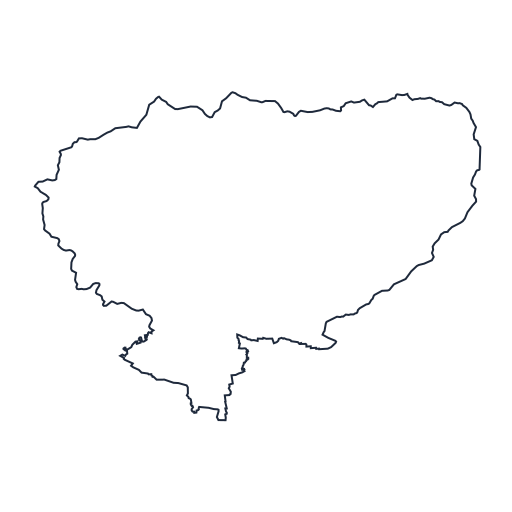 outline of Lan Saka, Nakhon Si Thammarat, Thailand, rotated 91°
{"feature_id": "78962969B56259094306641", "entity_name": "Lan Saka", "entity_type": "district", "adm_level": 2, "iso_a3": "THA", "parent_name": "Thailand", "parent_adm1": "Nakhon Si Thammarat", "projection": "natural_earth1", "projection_center": [99.81, 8.377], "detail": "fine", "context": "isolated", "style": "outline", "palette": "slate", "viewbox_px": 512, "rotation_deg": 91, "n_neighbors": 0, "source": "geoboundaries", "source_scale": "gbopen_adm2", "svg_char_len": 6062}
<svg xmlns="http://www.w3.org/2000/svg" viewBox="0 0 512 512"><g transform="rotate(91 256 256)"><path d="M130.7,398.9L133.9,403.5L135.2,406.8L137.4,410.5L140.6,415.3L142.0,418.6L142.1,423.8L142.6,426.2L141.3,432.0L141.5,435.1L144.8,437.0L145.3,437.8L145.4,439.5L147.0,441.1L149.6,441.8L150.5,442.5L154.2,453.3L155.2,454.2L157.2,453.0L158.4,452.8L161.4,454.1L165.7,454.2L168.7,455.7L173.2,454.6L178.3,456.8L182.6,457.0L183.6,458.5L184.0,461.0L183.0,465.9L185.3,470.6L185.6,474.8L189.4,478.0L190.4,478.4L192.0,475.4L195.5,472.6L198.7,467.0L201.2,464.4L202.7,464.5L204.0,465.5L204.8,466.6L205.7,469.5L206.5,470.3L207.6,470.7L211.9,470.0L217.1,470.3L220.2,469.3L223.2,469.5L228.7,467.9L232.8,468.4L234.1,467.4L237.3,462.8L240.3,460.9L241.6,455.0L242.6,453.5L244.5,452.8L247.2,453.8L248.9,453.9L252.0,450.6L253.3,448.4L253.9,446.1L253.3,442.6L253.6,441.1L254.5,439.5L256.6,437.3L258.1,436.8L259.2,437.0L262.1,439.2L265.6,440.4L272.1,440.6L273.8,439.8L275.9,435.6L283.0,436.5L284.9,435.9L287.3,434.2L290.2,435.1L292.0,434.3L292.3,432.8L291.9,429.7L292.3,427.7L292.0,424.8L290.5,421.3L286.8,418.3L285.9,415.9L286.0,412.8L286.8,412.0L288.1,412.1L292.9,414.9L295.5,415.4L296.7,414.5L297.9,411.2L299.1,409.6L302.4,408.8L304.2,406.7L306.8,408.1L307.6,408.1L308.5,407.3L308.3,404.8L304.0,399.6L304.3,398.0L306.3,393.9L305.2,389.9L305.4,387.3L310.9,379.3L312.6,374.8L312.7,372.4L311.5,368.2L316.1,365.0L317.6,361.3L319.9,359.4L322.4,358.9L327.0,361.3L328.6,361.6L330.3,360.5L332.1,357.3L333.4,359.2L335.1,359.1L334.1,362.0L335.1,362.7L336.7,362.8L337.2,365.7L338.3,365.5L338.4,363.6L339.0,363.7L339.7,365.4L341.1,365.0L341.3,363.8L341.8,364.0L343.5,366.7L343.6,367.6L342.9,368.6L339.5,369.5L339.3,370.3L339.7,371.1L341.0,371.7L343.8,369.6L344.6,369.8L345.9,373.7L345.2,373.9L343.4,373.2L343.7,375.0L346.9,378.1L349.3,379.1L351.8,383.0L351.0,385.0L349.9,385.0L349.9,385.8L350.8,386.9L351.3,386.9L352.7,385.1L353.3,383.3L355.9,383.0L356.8,384.3L358.1,385.0L356.9,387.9L358.2,390.0L360.3,386.1L361.2,386.4L362.0,385.5L365.6,377.3L367.9,379.0L369.4,376.9L371.9,371.1L374.6,368.4L375.4,362.0L376.2,361.3L376.0,358.6L377.3,358.4L377.7,357.4L378.6,357.3L378.7,356.1L381.4,353.2L381.2,345.4L384.2,336.2L384.4,331.4L386.6,323.1L388.5,321.9L394.6,321.7L396.6,322.7L398.0,321.2L399.3,320.8L400.0,319.1L400.8,318.6L404.1,318.0L404.4,318.7L405.6,318.6L407.0,317.7L406.8,317.0L408.3,316.3L410.3,317.7L411.6,317.6L412.7,316.7L412.7,315.2L413.9,315.0L413.6,312.9L411.5,312.7L411.1,311.2L410.4,310.5L409.3,310.7L407.9,310.2L408.6,300.7L409.8,295.5L410.0,291.6L410.4,290.8L411.9,290.7L417.7,292.3L420.7,290.7L420.7,283.6L418.2,283.4L414.9,284.0L414.2,282.5L413.1,282.5L412.1,283.2L409.0,284.0L408.9,282.6L402.2,284.3L402.0,283.9L395.9,284.8L395.5,280.1L394.9,279.9L394.4,279.0L392.2,278.8L388.7,280.9L387.2,280.1L385.0,280.5L383.9,277.0L375.7,278.4L375.3,274.2L373.7,271.1L372.6,267.7L371.3,265.5L370.4,266.1L369.9,265.8L369.7,266.4L369.1,266.2L369.1,267.2L370.0,267.5L370.0,267.9L368.7,268.2L367.2,267.3L366.4,267.4L364.9,266.5L362.9,266.3L362.7,265.1L361.5,264.6L361.2,264.0L359.7,263.7L359.8,262.7L359.0,261.9L357.9,262.0L358.1,263.1L357.7,263.4L355.1,263.4L354.7,263.9L353.5,263.0L353.0,263.4L352.6,263.0L352.0,263.8L351.1,263.1L351.1,262.4L350.3,262.7L349.9,263.9L348.8,264.5L348.5,265.5L348.8,268.8L348.5,271.5L343.7,270.6L343.2,271.6L341.3,271.4L340.7,271.9L339.4,271.9L338.0,273.2L334.8,273.4L335.6,270.9L337.4,267.6L337.7,264.4L339.2,263.0L339.7,260.0L340.4,259.3L340.1,256.7L340.9,252.9L338.5,252.7L338.7,247.8L337.7,247.4L338.6,244.2L338.3,238.3L342.9,236.6L341.8,233.8L340.4,232.3L338.4,231.7L337.4,229.0L338.2,227.4L337.7,226.6L338.8,223.9L339.1,221.5L339.7,219.9L340.6,219.3L341.4,212.6L342.8,211.4L342.4,209.9L343.2,210.2L343.0,204.8L343.6,204.1L345.7,204.0L345.3,199.7L347.2,199.6L346.7,194.4L347.8,194.2L347.5,191.4L348.1,191.3L347.4,182.6L345.8,179.3L341.5,174.9L340.2,174.4L339.4,175.2L336.6,182.3L333.5,188.1L330.9,187.0L329.9,186.2L322.1,185.0L320.6,184.3L315.3,174.0L315.6,170.7L315.0,169.1L315.1,167.8L313.0,165.2L313.3,162.2L312.7,160.3L312.7,157.4L311.8,156.1L311.3,154.4L310.4,153.7L308.2,153.1L306.4,151.4L302.5,145.0L302.0,142.8L301.4,141.9L297.9,139.9L296.7,138.6L293.8,137.6L292.9,136.9L288.6,129.4L288.2,123.7L287.6,122.1L281.9,117.6L276.4,106.0L268.7,100.6L263.3,95.1L262.2,93.2L260.7,87.7L257.2,80.1L253.8,78.3L249.9,80.1L246.7,79.0L243.5,79.5L240.2,77.6L236.4,73.8L231.2,71.4L228.9,68.2L228.5,64.8L227.0,63.9L223.7,60.6L219.3,52.3L217.6,49.9L214.9,47.8L208.5,45.3L201.9,40.5L197.8,36.9L195.3,37.0L191.9,38.9L185.1,37.8L181.6,41.6L179.9,42.0L173.7,40.3L170.7,38.5L167.6,37.4L166.4,36.3L166.1,34.6L165.6,34.0L143.1,33.6L140.7,35.3L137.0,36.7L135.4,39.8L130.6,40.5L123.3,38.3L119.2,40.8L116.9,41.7L114.9,43.2L110.7,44.0L108.3,45.1L104.2,48.3L101.7,51.9L100.5,52.6L99.6,55.1L99.8,56.6L99.1,60.1L101.6,63.4L102.2,65.2L100.9,70.5L99.0,72.7L98.7,75.1L98.0,76.1L98.1,78.6L96.5,80.3L96.0,82.3L95.2,83.1L94.7,85.2L95.8,89.9L95.8,93.6L95.3,94.6L96.1,96.8L96.5,100.4L97.3,102.3L95.0,105.3L92.2,107.3L91.3,107.5L92.4,110.5L92.6,112.8L91.9,117.6L92.4,118.5L95.9,119.8L96.0,122.3L99.1,127.6L100.0,136.4L101.4,137.9L102.1,139.3L105.0,141.7L103.5,144.0L103.3,145.6L97.8,150.4L98.6,152.7L100.0,154.8L100.9,160.7L99.8,163.5L101.7,169.0L104.6,170.9L105.9,173.7L109.0,173.5L109.8,174.3L109.4,178.6L108.2,181.9L108.1,184.2L107.2,185.8L107.0,187.9L107.4,190.2L109.2,194.5L110.9,202.1L111.2,206.9L110.0,213.7L111.2,215.6L115.1,218.5L115.4,219.4L114.8,220.4L113.2,221.2L111.1,225.0L110.8,227.2L111.7,230.0L111.5,231.1L107.6,233.4L103.2,236.7L100.8,239.7L100.8,249.3L102.1,252.2L102.2,253.3L100.8,257.9L100.4,264.7L97.9,268.8L97.3,272.7L95.1,277.3L93.6,279.4L92.7,282.3L93.3,283.5L98.8,288.6L101.9,292.7L109.1,294.5L111.2,296.8L112.9,299.8L117.8,302.3L118.2,304.5L116.9,307.2L114.8,309.6L111.2,312.1L107.8,317.6L107.7,324.0L110.5,336.6L110.5,339.4L105.8,346.9L103.5,348.5L101.3,353.0L98.4,355.7L98.7,356.6L100.5,358.7L103.4,360.6L106.6,365.4L116.7,368.1L123.6,373.9L130.0,377.3L129.5,382.4L128.6,385.7L129.2,388.1L130.7,398.9Z" fill="none" stroke="#1e293b" stroke-width="2"/></g></svg>